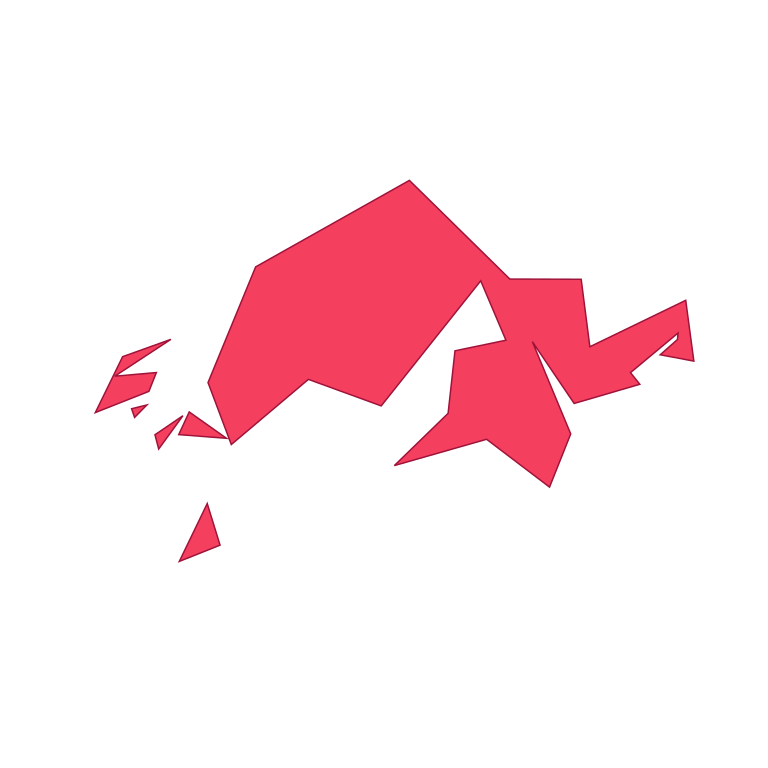 an SVG outline of Papua Barat, rotated 314°
{"feature_id": "IDN-1933", "entity_name": "Papua Barat", "entity_type": "Province", "adm_level": 1, "iso_a3": "IDN", "parent_name": "Indonesia", "parent_adm1": "", "projection": "orthographic", "projection_center": [132.375, -1.612], "detail": "coarse", "context": "isolated", "style": "filled", "palette": "rose", "viewbox_px": 768, "rotation_deg": 314, "n_neighbors": 0, "source": "natural_earth", "source_scale": "10m", "svg_char_len": 776}
<svg xmlns="http://www.w3.org/2000/svg" viewBox="0 0 768 768"><g transform="rotate(314 384 384)"><path d="M615.7,591.0L596.9,562.4L619.9,564.2L624.9,560.1L563.4,553.4L561.5,568.2L502.1,534.3L517.5,461.3L477.8,553.0L424.8,574.7L415.5,496.2L332.5,448.1L407.4,450.5L457.2,412.0L500.2,441.3L525.4,381.9L366.3,397.2L334.8,326.4L234.4,316.2L262.8,256.4L379.1,210.3L548.1,260.8L546.9,401.6L596.3,453.1L553.8,506.2L653.8,542.9L615.7,591.0ZM268.1,199.7L202.6,184.9L234.1,212.3L215.4,220.0L162.9,196.2L222.1,177.0L268.1,199.7ZM175.2,339.9L154.2,378.0L114.2,360.0L175.2,339.9ZM228.6,263.3L235.5,308.4L205.0,271.5L228.6,263.3ZM188.4,254.5L221.5,261.4L180.7,267.1L188.4,254.5ZM190.9,219.6L204.2,228.0L186.7,227.8L190.9,219.6Z" fill="#f43f5e" stroke="#9f1239" stroke-width="1.5"/></g></svg>